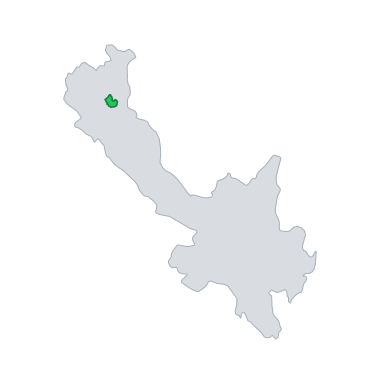 Lao Ngarm, Saravan, Laos shown in context, rotated 173°
{"feature_id": "54806243B99533755262624", "entity_name": "Lao Ngarm", "entity_type": "district", "adm_level": 2, "iso_a3": "LAO", "parent_name": "Laos", "parent_adm1": "Saravan", "projection": "natural_earth1", "projection_center": [106.182, 15.455], "detail": "fine", "context": "in_parent", "style": "filled", "palette": "green", "viewbox_px": 384, "rotation_deg": 173, "n_neighbors": 0, "source": "geoboundaries", "source_scale": "gbopen_adm2", "svg_char_len": 5906}
<svg xmlns="http://www.w3.org/2000/svg" viewBox="0 0 384 384"><g transform="rotate(173 192 192)"><path d="M138.4,40.2L140.1,43.7L147.9,53.1L149.3,55.6L152.2,57.5L154.6,65.9L155.6,66.4L156.9,65.8L157.9,64.6L158.8,61.4L159.3,61.1L160.2,63.7L162.4,64.5L163.4,65.7L163.7,67.7L163.3,69.7L161.4,74.5L160.3,80.8L168.0,94.4L171.2,96.3L179.0,98.5L184.2,101.5L186.7,100.8L189.0,97.4L191.8,95.5L197.1,92.6L198.6,92.5L201.4,93.6L206.2,97.0L213.3,103.4L213.1,105.1L211.8,106.7L207.9,109.2L206.7,110.8L207.4,111.4L210.6,111.8L214.4,113.3L215.5,115.0L216.2,118.7L216.8,119.4L220.3,119.0L221.4,119.5L222.7,120.8L223.9,123.9L223.9,126.3L220.4,130.4L220.0,132.9L218.2,135.8L213.4,140.8L212.1,141.1L203.3,138.4L196.3,138.7L195.7,139.8L196.9,142.8L197.2,145.8L196.1,148.0L192.1,150.9L191.9,152.2L192.7,153.5L198.6,156.2L217.3,170.5L225.8,173.2L229.5,175.0L230.5,176.0L230.5,177.3L229.5,178.9L228.7,181.7L228.6,183.3L229.5,185.0L231.0,187.4L236.2,192.8L240.1,194.1L244.1,200.3L245.3,205.7L247.3,209.2L257.0,221.0L265.1,228.2L269.9,236.0L272.3,237.8L273.0,240.6L273.7,248.8L276.5,252.9L277.1,254.5L278.3,255.8L279.6,256.0L282.5,253.3L283.1,253.7L284.4,258.0L285.6,259.6L289.9,262.3L294.4,267.5L296.9,269.4L300.0,270.9L300.4,272.5L299.8,274.2L298.9,275.3L293.6,278.3L292.9,279.6L296.4,286.3L305.2,294.6L308.0,299.5L307.4,301.9L305.0,306.7L303.1,308.0L302.6,309.5L304.0,313.4L303.9,319.5L302.2,321.0L300.6,324.7L299.5,325.0L296.8,323.6L291.2,330.0L288.7,329.7L285.9,333.2L282.2,333.7L279.7,331.0L274.2,326.8L272.3,324.1L270.6,326.4L267.8,328.6L263.7,327.8L262.7,331.0L261.9,331.6L257.0,332.1L256.1,332.7L256.9,335.6L259.8,340.5L260.6,343.3L258.8,348.0L253.8,347.9L251.5,346.0L248.7,342.0L242.2,339.5L237.9,341.2L236.6,341.1L233.3,337.8L232.2,335.7L231.4,332.5L236.4,330.0L238.8,328.0L240.5,325.9L241.2,323.7L242.0,314.5L242.7,311.2L242.3,307.3L241.0,304.2L241.0,299.5L241.7,295.7L243.6,293.8L244.9,291.0L245.6,284.9L245.1,283.4L243.2,281.9L240.1,280.4L238.2,278.6L237.4,276.5L237.4,274.5L238.4,272.9L236.1,271.1L230.4,269.0L227.3,266.6L226.6,263.8L224.3,260.1L220.3,255.5L218.1,248.9L217.9,240.3L218.4,233.3L220.2,225.2L217.9,219.3L215.3,216.2L211.7,213.9L208.3,210.7L205.0,206.4L201.1,200.1L196.6,191.8L193.6,188.1L192.0,189.0L188.7,188.2L183.7,185.8L179.4,184.5L175.6,184.3L173.2,184.8L172.1,186.1L172.0,187.4L172.9,188.6L172.4,189.6L170.4,190.3L168.9,191.6L167.1,194.7L165.8,198.7L164.0,200.2L161.1,200.5L158.3,201.7L155.5,203.6L154.2,205.1L154.3,206.1L153.7,206.3L152.4,205.8L151.8,204.5L151.8,202.4L150.4,201.0L147.5,200.3L144.3,198.0L138.0,192.3L136.6,192.0L134.5,193.5L131.8,196.7L129.6,198.0L127.8,197.4L126.5,198.5L125.5,201.4L123.7,203.7L115.2,209.9L107.6,217.9L105.7,218.6L101.1,216.4L99.6,214.8L106.1,198.5L107.0,194.5L106.9,189.3L104.2,184.9L104.1,183.6L104.5,182.3L107.8,177.2L111.6,164.2L111.5,160.1L109.9,155.6L109.0,151.4L109.8,145.6L109.5,143.4L107.8,142.2L102.0,141.1L98.6,142.0L97.0,143.6L95.1,144.6L91.5,145.1L88.0,143.2L85.2,139.9L84.5,135.8L88.2,127.0L89.1,123.7L89.0,122.1L88.4,120.4L87.6,120.2L85.7,118.1L84.0,114.5L82.3,112.9L80.7,113.2L79.2,114.5L76.8,118.0L76.0,117.5L78.3,105.5L80.3,100.3L82.7,97.9L85.2,96.9L87.8,97.3L90.0,96.9L91.8,95.6L91.7,94.9L89.6,94.7L88.8,93.3L89.2,90.8L90.2,89.1L91.6,88.3L93.0,85.7L94.4,81.3L96.1,79.1L98.0,79.0L101.3,77.2L106.1,73.4L107.9,69.8L109.6,71.5L109.0,75.6L109.9,76.5L110.3,78.0L110.0,80.4L110.4,82.3L111.1,83.3L112.1,83.8L117.1,82.1L120.2,82.0L125.1,85.0L128.1,82.7L128.1,81.9L125.7,79.0L126.5,68.4L126.3,60.4L122.2,54.4L121.4,52.0L121.0,48.1L119.9,44.8L122.9,42.1L124.5,37.2L126.5,36.0L127.2,36.2L129.7,39.9L132.8,38.0L135.3,38.1L137.3,39.0L138.4,40.2Z" fill="#d9dde1" stroke="#a8b0b8" stroke-width="1"/><path d="M260.2,296.6L260.3,296.6L260.5,296.8L260.7,297.1L260.8,297.4L260.8,297.7L260.8,297.9L260.8,298.0L261.0,298.2L261.0,298.3L261.3,298.3L261.5,298.2L261.5,298.3L261.8,298.5L262.0,298.5L262.1,298.4L262.4,298.2L262.6,298.1L262.9,297.7L263.0,297.6L263.1,297.3L263.3,297.1L263.4,296.9L263.5,296.8L263.5,296.7L263.8,296.4L264.0,296.3L264.2,296.2L264.3,296.1L264.5,296.0L264.7,295.9L264.8,295.8L265.0,295.7L265.3,295.5L265.5,295.4L265.7,295.2L265.8,295.1L266.1,294.9L266.3,294.7L266.5,294.6L266.9,294.5L266.8,294.2L266.8,293.9L266.8,293.4L266.7,293.3L266.7,293.2L266.4,293.0L266.3,292.9L266.2,292.8L266.1,292.7L266.1,292.4L266.1,292.2L266.1,291.8L266.1,291.7L266.0,291.2L265.9,291.1L265.3,290.7L265.2,290.7L265.2,290.4L265.3,290.4L265.3,290.2L265.2,290.1L265.3,290.0L265.2,290.0L265.2,289.9L265.3,289.9L265.3,289.7L265.2,289.7L265.2,289.4L265.0,289.2L264.9,289.1L264.7,289.0L264.7,288.9L264.7,288.7L264.6,288.4L264.5,288.2L264.4,288.0L264.4,287.9L264.3,287.7L264.2,287.7L264.1,287.4L263.9,287.4L263.6,287.3L263.4,287.2L263.1,287.2L262.8,286.9L262.7,286.7L262.5,286.0L262.4,285.9L262.2,285.9L261.4,286.0L261.1,286.1L260.9,286.1L260.6,286.1L260.3,286.1L260.0,286.1L259.9,286.1L259.7,286.0L259.4,286.0L259.4,285.9L259.2,285.9L258.9,285.9L258.6,286.0L258.4,286.1L257.9,286.3L257.6,286.4L257.4,286.4L257.1,286.6L256.9,286.6L256.7,286.6L256.4,286.8L256.2,287.1L256.1,287.3L256.1,287.5L256.0,287.9L255.9,288.0L255.7,288.2L255.7,288.3L255.7,288.5L255.7,288.8L255.6,289.0L255.4,289.4L255.3,289.5L255.3,289.8L255.2,290.0L255.2,290.3L255.0,290.6L255.0,290.8L255.1,291.0L255.2,291.3L255.3,291.4L255.4,291.5L255.5,291.5L255.8,291.7L256.0,291.9L256.2,292.0L256.3,292.4L256.3,292.7L256.4,292.8L256.5,292.9L256.5,293.0L256.5,293.5L256.6,293.3L256.8,293.2L257.0,293.1L257.2,292.9L257.3,292.8L257.4,292.7L257.5,292.5L257.7,292.3L257.8,292.3L257.9,292.2L258.0,292.2L258.3,291.9L258.4,291.7L258.5,291.7L258.8,291.7L259.0,291.8L259.2,292.0L259.3,292.0L259.5,292.3L259.7,292.5L259.8,292.8L260.0,292.9L260.2,293.0L260.2,293.3L259.9,293.5L259.7,293.7L259.6,293.8L259.6,294.0L259.6,294.4L259.7,294.5L259.9,294.7L260.0,294.8L260.0,295.1L260.0,295.3L259.9,295.4L259.9,295.7L260.0,295.9L260.0,296.1L260.1,296.4L260.2,296.6Z" fill="#22c55e" stroke="#15803d" stroke-width="1.5"/></g></svg>